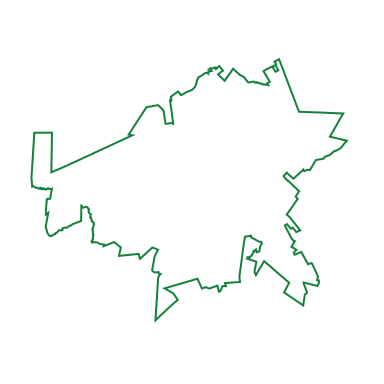 outline of Pánuco de Coronado, Durango, Mexico, rotated 265°
{"feature_id": "50627088B1013780118073", "entity_name": "Pánuco de Coronado", "entity_type": "district", "adm_level": 2, "iso_a3": "MEX", "parent_name": "Mexico", "parent_adm1": "Durango", "projection": "robinson", "projection_center": [-104.338, 24.505], "detail": "fine", "context": "isolated", "style": "outline", "palette": "green", "viewbox_px": 384, "rotation_deg": 265, "n_neighbors": 0, "source": "geoboundaries", "source_scale": "gbopen_adm2", "svg_char_len": 5848}
<svg xmlns="http://www.w3.org/2000/svg" viewBox="0 0 384 384"><g transform="rotate(265 192 192)"><path d="M69.3,292.9L78.4,295.1L79.7,295.4L80.8,296.5L80.9,297.2L81.7,297.8L82.0,297.9L90.2,295.5L92.1,295.3L87.5,308.7L90.3,310.5L92.8,310.7L93.2,308.9L96.8,310.1L101.5,308.5L109.8,305.5L110.8,305.0L110.8,304.6L109.9,301.4L122.7,295.6L120.6,288.7L122.7,288.1L125.3,291.0L127.5,288.0L128.7,286.3L131.2,288.2L132.0,288.6L132.4,288.9L132.9,289.0L133.4,289.5L133.8,290.1L134.3,290.0L134.4,289.0L135.9,287.9L137.9,286.7L150.6,281.6L151.7,283.8L146.7,287.3L147.7,289.2L143.0,292.4L144.4,296.5L158.3,287.2L161.3,284.4L168.3,290.4L173.1,294.3L175.9,296.7L178.5,294.9L183.4,298.8L194.9,288.7L194.7,288.5L198.5,285.3L199.8,284.6L199.7,284.3L199.8,284.4L199.9,284.6L203.0,288.1L202.6,288.3L200.4,290.3L196.5,294.2L198.5,297.0L199.8,298.6L200.1,299.0L201.1,300.4L201.3,300.6L202.4,302.1L203.7,303.8L204.7,304.8L203.0,305.6L204.1,309.1L203.6,311.4L213.0,318.2L213.5,323.3L213.6,325.5L213.7,326.1L215.4,327.3L216.0,329.4L216.7,332.0L217.5,333.4L220.5,337.6L220.4,338.8L222.8,344.1L226.2,347.2L229.6,350.7L235.1,334.2L257.1,349.5L257.9,342.5L259.8,328.3L262.6,305.6L316.7,290.3L314.6,285.5L311.9,286.9L311.4,285.9L305.7,288.6L304.5,285.7L309.6,283.1L310.0,284.1L310.5,283.8L308.2,278.4L308.1,277.8L307.6,276.7L306.2,273.8L303.4,275.1L301.9,275.8L300.6,276.5L297.7,277.8L297.4,278.0L294.9,279.1L294.5,278.1L293.7,276.2L291.8,277.1L292.3,275.5L292.6,274.2L292.9,273.1L293.0,272.8L292.8,272.0L292.9,271.8L293.1,271.6L293.8,271.2L294.0,270.6L293.8,270.0L293.9,269.6L294.6,269.0L294.6,268.7L294.6,268.2L294.8,268.0L294.9,267.7L295.2,267.2L295.1,266.1L295.2,265.9L295.4,266.2L295.6,266.2L295.6,265.8L295.3,265.4L295.4,264.4L295.7,264.3L295.9,264.1L296.0,264.0L296.4,263.8L296.3,263.5L296.4,263.2L296.6,262.8L296.5,261.6L296.6,260.9L296.4,260.0L296.2,259.7L296.1,259.3L296.2,258.8L296.1,258.2L296.2,257.8L296.5,257.3L302.1,253.7L304.2,250.2L308.1,246.5L311.2,243.7L299.9,234.2L306.9,228.2L308.6,230.8L310.1,233.4L312.5,231.9L315.1,230.2L313.5,227.4L313.0,227.7L312.3,226.4L314.2,225.5L313.6,224.0L312.8,222.4L313.9,221.3L313.7,221.1L313.5,220.7L313.3,220.6L313.2,220.4L312.8,220.0L312.4,219.4L312.3,219.7L312.1,219.8L310.7,221.6L310.6,220.8L310.7,220.6L310.5,220.2L310.0,219.3L310.1,218.9L309.6,218.1L308.5,218.3L309.4,217.1L309.5,215.6L309.3,215.5L307.3,211.8L306.4,210.1L305.3,208.0L304.4,207.9L303.9,207.6L303.0,206.7L302.8,206.6L302.6,206.7L301.0,206.1L300.2,206.0L296.9,204.4L296.6,204.3L296.2,203.9L295.8,203.4L295.5,203.1L294.8,202.3L293.9,201.2L293.7,200.3L293.1,199.2L292.7,198.2L292.6,197.4L292.4,196.5L292.1,195.6L292.0,195.3L291.4,193.8L290.9,193.1L290.6,192.2L290.1,191.1L289.7,190.6L289.7,190.3L289.7,189.1L292.6,187.6L293.4,186.9L288.8,179.3L288.3,179.0L288.0,179.0L287.7,179.1L287.5,179.4L287.3,179.4L287.0,179.3L286.6,179.3L285.9,179.4L285.1,179.4L284.7,179.3L285.1,178.1L260.6,179.3L262.5,178.9L262.2,171.6L275.8,170.7L281.5,165.8L280.4,154.0L254.7,133.9L253.7,137.5L228.8,68.5L223.9,53.6L263.3,57.7L264.8,40.1L220.1,33.3L213.0,33.3L211.2,33.3L211.3,33.6L211.5,33.7L211.6,33.9L211.7,34.2L211.6,34.4L211.3,34.9L210.8,35.6L210.4,35.9L209.8,36.9L209.8,37.8L209.6,38.3L208.6,39.7L208.7,40.1L209.1,40.4L209.5,40.9L209.6,41.1L209.5,41.6L209.2,41.9L208.8,42.0L208.0,42.0L207.8,42.2L207.9,42.5L208.3,42.7L208.5,42.8L208.7,43.1L208.7,43.4L208.5,43.6L208.1,43.7L207.8,44.0L207.8,44.3L208.2,44.7L208.4,44.9L208.4,45.1L208.3,45.3L208.3,45.6L208.2,45.7L207.6,45.8L207.2,46.2L207.2,46.8L207.5,47.5L208.2,48.6L208.4,48.8L208.4,49.0L208.2,49.1L207.9,49.2L207.6,49.5L207.2,51.7L207.4,52.4L207.5,52.8L197.7,50.0L197.5,46.8L187.5,45.0L182.3,44.5L183.8,47.0L170.3,43.2L163.8,44.4L161.4,45.7L160.4,47.1L160.6,47.6L160.4,47.9L160.4,48.3L161.3,49.8L161.5,50.0L162.0,51.4L161.9,52.0L162.3,52.5L162.8,52.4L163.3,53.3L163.6,54.2L165.0,55.8L165.5,56.1L165.4,57.6L165.1,58.5L165.3,59.1L165.4,59.7L166.9,59.7L167.2,60.1L167.5,61.1L167.5,61.9L167.6,62.5L167.2,63.7L168.9,66.9L169.0,68.0L170.3,70.1L172.8,79.0L188.1,80.6L187.9,80.9L187.4,80.8L186.4,81.4L185.9,81.9L185.9,82.7L186.1,83.4L186.5,84.3L186.4,85.7L186.2,86.3L185.6,86.7L185.0,86.8L184.6,87.2L184.1,87.4L183.8,87.8L183.3,87.8L182.8,87.5L182.1,87.2L181.2,87.6L180.4,87.5L180.2,87.6L179.9,87.7L179.4,88.2L179.3,88.5L179.1,88.8L178.8,89.2L178.4,89.2L178.1,89.2L177.8,88.9L177.6,88.8L177.2,88.7L176.7,88.9L176.4,88.8L176.2,88.7L175.9,88.4L175.7,88.3L175.4,88.4L175.3,88.6L175.1,89.1L174.6,89.1L174.3,89.2L173.8,89.4L173.5,89.4L173.4,89.3L173.1,89.4L172.9,89.5L172.5,89.8L171.8,89.7L171.3,89.8L170.8,90.4L170.4,91.3L169.7,91.2L169.0,91.6L168.4,91.7L167.8,91.0L166.9,91.0L165.8,90.8L165.3,90.2L164.5,90.3L163.9,89.6L163.3,89.5L162.7,89.5L161.6,90.0L160.9,89.6L160.6,89.7L160.1,90.0L159.3,89.9L158.9,89.6L158.6,89.7L158.4,89.9L158.1,90.1L157.9,90.2L157.7,90.2L157.0,89.7L156.6,89.5L156.1,89.6L155.2,89.5L154.8,89.0L154.0,89.0L153.7,89.2L153.4,89.2L153.2,89.2L153.0,88.7L152.7,88.4L152.4,88.3L151.8,87.8L151.6,87.7L151.3,87.8L151.1,87.7L150.7,87.7L150.3,87.8L150.2,88.0L150.8,88.7L150.6,89.0L150.2,92.9L148.5,95.3L147.2,99.9L145.7,99.3L148.9,110.0L148.5,110.5L143.0,116.3L134.7,113.7L135.0,133.4L130.0,134.4L140.1,147.6L139.2,149.8L137.4,153.0L130.9,149.1L117.4,145.4L115.2,147.3L115.1,151.7L113.0,152.1L113.0,153.4L111.1,151.7L108.9,150.7L67.3,144.4L79.4,159.6L85.8,168.4L92.6,164.6L98.4,156.3L105.1,189.9L95.0,193.5L96.0,197.6L94.3,200.9L96.5,209.1L90.4,210.1L90.6,211.4L95.6,214.3L95.2,217.6L98.4,217.0L98.2,232.0L103.2,231.8L137.8,239.5L142.9,241.1L143.3,246.9L141.9,246.8L136.7,254.4L136.3,256.5L134.6,257.1L132.3,255.4L127.0,253.9L126.3,251.1L129.2,250.7L127.6,248.0L127.1,248.5L124.7,246.5L123.5,246.0L122.8,244.5L122.0,244.2L122.2,241.8L121.6,241.9L120.9,241.1L116.9,250.1L109.3,247.8L107.1,247.4L106.5,247.4L103.6,248.4L116.8,257.8L93.1,280.9L83.9,275.0L69.3,292.9Z" fill="none" stroke="#15803d" stroke-width="2"/></g></svg>